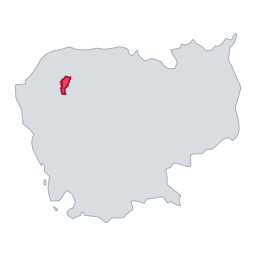 Kralanh, Siemréab, Cambodia shown in context
{"feature_id": "14789045B14092242539630", "entity_name": "Kralanh", "entity_type": "district", "adm_level": 2, "iso_a3": "KHM", "parent_name": "Cambodia", "parent_adm1": "Siemréab", "projection": "albers", "projection_center": [103.469, 13.548], "detail": "fine", "context": "in_parent", "style": "filled", "palette": "rose", "viewbox_px": 256, "rotation_deg": 0, "n_neighbors": 0, "source": "geoboundaries", "source_scale": "gbopen_adm2", "svg_char_len": 5325}
<svg xmlns="http://www.w3.org/2000/svg" viewBox="0 0 256 256"><path d="M236.1,33.3L236.8,35.7L235.1,40.3L233.2,44.4L229.7,48.1L229.6,50.8L228.5,58.7L229.0,61.3L229.9,63.4L231.0,64.6L234.3,72.3L237.2,79.3L240.1,85.1L240.6,88.7L238.2,98.1L235.4,106.7L235.7,110.9L237.1,115.2L238.5,120.9L239.2,128.1L238.5,132.9L237.2,135.8L234.7,138.9L232.4,140.5L229.7,138.0L227.5,137.9L224.6,138.7L222.4,139.9L217.8,144.4L212.7,148.8L205.6,150.0L202.9,153.2L199.9,153.7L194.3,153.9L190.6,154.7L190.8,156.3L190.6,163.9L190.7,165.7L190.1,166.2L187.6,166.5L183.3,165.3L177.4,163.5L173.2,163.3L171.1,166.6L169.9,167.9L168.3,168.1L166.7,168.7L166.1,170.2L166.0,172.1L166.8,175.2L167.2,180.2L167.0,183.6L168.5,185.8L177.6,193.0L180.2,194.8L180.5,195.9L179.0,199.8L180.5,205.4L177.7,205.3L173.0,203.0L170.7,201.5L168.0,202.7L167.1,202.5L165.2,199.8L162.8,197.0L160.3,196.9L155.1,198.0L149.8,198.8L147.7,198.8L146.9,199.3L143.9,203.5L142.5,202.8L137.2,201.3L132.2,200.7L131.2,201.8L131.9,205.2L133.0,208.5L132.3,209.9L129.7,211.6L126.1,214.8L123.9,217.2L122.4,217.9L117.0,217.8L111.6,218.1L109.4,220.4L107.4,222.2L105.7,222.7L98.6,217.1L84.5,215.1L83.0,212.6L81.6,212.1L80.4,215.4L72.7,218.5L69.4,216.6L67.1,214.3L67.4,211.5L69.6,209.2L73.5,207.6L75.2,201.8L72.3,194.5L69.8,192.3L67.1,190.6L64.2,193.4L61.8,198.1L59.4,200.5L55.8,201.0L50.7,200.8L48.7,193.8L48.1,187.8L48.8,180.9L49.6,176.9L44.6,171.2L44.4,165.9L42.0,163.1L41.3,164.5L41.4,166.1L40.7,164.9L32.9,149.3L31.7,142.0L33.0,136.4L33.8,134.5L31.6,131.6L28.4,128.2L22.9,123.8L22.5,116.9L21.3,108.7L19.7,105.9L17.1,100.9L15.8,96.7L15.4,85.6L16.1,84.8L20.0,84.5L25.0,83.7L25.8,81.9L25.0,80.4L28.2,77.9L32.8,72.5L36.4,66.8L39.0,63.2L40.5,59.6L45.7,54.5L52.9,51.0L57.7,50.2L62.8,49.0L67.6,47.3L69.9,47.1L75.9,49.2L79.2,49.7L82.6,49.7L86.1,49.9L89.2,49.7L96.5,48.2L104.4,49.3L111.3,48.4L119.9,46.7L124.2,47.7L128.0,49.4L128.6,52.7L129.5,54.2L130.8,55.4L132.5,55.4L134.7,53.0L136.5,50.6L137.1,50.2L137.2,51.4L138.2,54.0L139.8,56.5L141.5,58.2L144.3,60.5L146.1,60.6L152.0,58.4L160.9,61.4L161.9,63.0L164.8,66.1L167.9,68.4L174.8,68.5L177.2,62.8L176.0,59.4L172.0,53.5L170.9,50.0L172.2,49.4L178.8,48.6L179.9,47.9L181.3,44.1L183.1,44.5L186.8,44.9L190.7,42.3L193.0,39.5L194.2,40.7L195.6,42.6L197.2,43.7L200.0,45.4L203.1,47.7L205.1,50.0L206.6,50.8L210.6,50.1L211.6,50.2L213.9,47.4L215.5,45.8L216.9,46.3L218.9,46.2L222.9,42.6L225.2,39.3L226.5,38.4L230.2,39.9L231.7,39.6L233.8,35.1L236.1,33.3ZM46.1,184.5L45.3,185.0L44.6,184.9L43.9,184.3L43.9,181.8L44.5,180.2L45.7,179.9L46.1,184.5ZM57.8,209.4L56.2,211.1L53.7,207.6L53.7,206.6L57.8,209.4Z" fill="#d9dde1" stroke="#a8b0b8" stroke-width="1"/><path d="M61.7,80.5L61.4,80.7L61.5,80.9L61.3,81.0L61.2,81.1L61.3,81.3L61.5,81.3L61.6,81.5L61.8,81.6L61.6,81.7L61.4,81.7L61.2,81.8L61.2,82.1L60.9,82.2L61.2,82.4L61.3,82.5L61.2,82.7L61.2,82.8L61.3,82.8L61.4,82.6L61.5,82.5L61.8,82.8L61.6,82.9L61.9,83.0L62.0,83.1L62.0,83.3L61.9,83.4L61.7,83.4L61.6,83.5L61.8,83.7L61.9,83.8L61.7,83.9L61.7,84.0L61.8,84.1L62.1,84.0L62.0,84.4L61.7,84.4L61.5,84.5L61.8,84.6L61.7,84.7L61.7,84.8L61.8,84.7L61.8,84.8L61.7,84.8L61.8,84.9L62.0,84.8L61.9,85.1L61.8,85.3L62.1,85.3L62.1,85.5L62.0,85.8L62.1,86.0L61.9,86.2L61.9,86.3L62.0,86.4L62.0,86.5L61.9,86.4L61.9,86.5L62.0,86.6L61.9,86.6L62.0,86.8L61.8,86.9L61.8,86.7L61.7,86.8L61.6,87.0L61.8,87.1L61.8,87.3L61.7,87.4L61.8,87.4L62.0,87.5L61.9,87.5L61.7,87.5L61.8,87.7L61.7,87.8L61.6,87.7L61.5,87.8L61.6,88.0L61.4,88.1L61.6,88.2L61.4,88.4L61.5,88.4L61.6,88.5L61.4,88.5L61.5,88.7L61.5,88.8L61.9,88.9L62.0,89.0L61.9,89.2L61.7,89.4L61.6,89.5L61.5,89.9L61.5,90.0L61.4,90.3L61.3,90.5L61.2,90.7L61.1,90.8L61.1,91.3L61.3,91.3L61.3,91.5L61.5,91.6L61.5,91.8L61.7,92.0L61.8,92.2L61.8,92.3L61.9,92.5L61.9,92.8L62.0,93.0L62.0,93.3L62.1,93.2L62.2,93.3L62.3,93.3L62.5,93.5L62.8,93.6L63.0,93.7L63.3,93.8L63.5,93.8L63.4,93.9L63.5,93.9L63.8,93.9L63.8,94.0L64.0,94.2L64.3,94.2L64.5,94.1L64.6,93.9L65.1,94.2L65.3,94.3L65.6,94.1L65.4,94.0L65.4,93.9L65.3,93.7L65.3,93.3L65.2,93.3L65.2,93.1L65.1,92.9L65.1,92.7L64.9,92.2L65.0,91.9L64.8,91.6L64.8,91.1L64.7,90.8L64.8,90.6L64.7,90.2L64.5,89.8L64.5,89.6L65.0,89.2L65.2,88.9L65.2,88.6L65.4,88.4L65.5,88.1L65.4,88.0L65.6,87.8L65.6,87.6L65.8,87.6L66.0,87.4L66.2,87.2L66.3,87.2L66.5,87.2L66.6,86.8L66.7,86.6L66.7,86.4L66.8,86.3L66.8,86.2L67.0,86.1L67.1,85.7L67.3,85.7L67.4,85.3L67.5,85.4L67.8,85.2L67.7,85.1L67.8,84.9L67.9,85.0L67.9,84.9L68.0,84.6L68.0,84.4L68.0,84.2L68.0,83.7L68.1,83.4L68.2,83.2L68.3,83.2L68.4,82.9L68.5,82.9L68.6,82.7L68.7,82.4L68.8,82.3L68.8,82.1L69.0,82.1L69.0,81.9L69.1,81.7L69.3,81.5L69.4,81.4L69.4,81.2L69.3,80.9L69.4,80.7L69.3,80.4L69.4,80.1L69.5,79.9L69.5,79.7L69.7,79.4L69.9,79.3L70.0,79.1L70.3,79.1L70.5,79.0L70.5,77.9L70.5,77.1L70.4,77.1L70.1,77.3L70.0,77.2L69.8,77.2L69.7,77.3L69.4,77.5L69.1,77.4L69.0,77.5L68.9,77.5L68.8,77.4L68.7,77.5L68.6,77.4L68.4,77.4L68.2,77.2L67.9,77.2L67.6,77.1L67.4,76.8L67.2,76.8L67.1,76.7L66.9,76.7L66.9,76.8L66.8,76.7L66.7,76.8L66.5,76.7L66.3,76.7L66.1,76.6L65.8,76.5L65.7,76.6L65.4,76.8L65.4,76.7L65.3,76.9L65.2,76.8L65.0,77.1L65.0,77.3L64.9,77.5L64.7,77.6L64.5,78.0L64.4,78.0L64.2,78.3L64.3,78.4L64.1,78.5L63.9,78.6L63.7,78.9L63.4,78.9L63.4,79.0L63.2,78.9L63.1,79.0L63.0,79.3L62.9,79.4L62.8,79.6L62.7,79.6L62.4,79.7L62.3,79.8L62.2,79.9L62.1,80.0L62.0,79.9L61.9,80.0L62.0,80.2L61.9,80.2L61.7,80.3L61.7,80.5Z" fill="#f43f5e" stroke="#9f1239" stroke-width="1.5"/></svg>